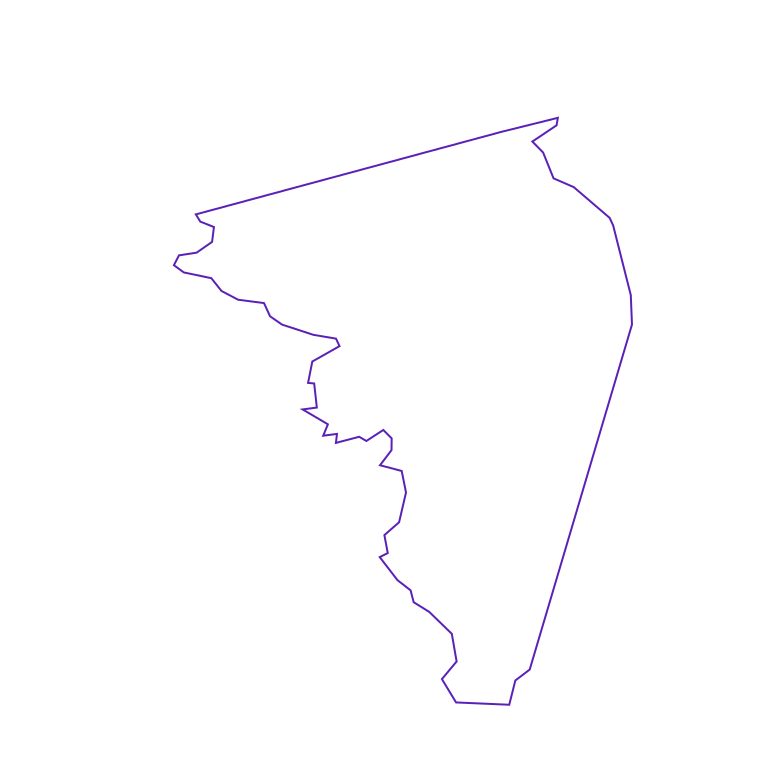 San Jacinto, Texas, United States of America (orthographic projection), rotated 192°
{"feature_id": "52423323B92388679305568", "entity_name": "San Jacinto", "entity_type": "district", "adm_level": 2, "iso_a3": "USA", "parent_name": "United States of America", "parent_adm1": "Texas", "projection": "orthographic", "projection_center": [-95.097, 30.613], "detail": "fine", "context": "isolated", "style": "outline", "palette": "violet", "viewbox_px": 768, "rotation_deg": 192, "n_neighbors": 0, "source": "geoboundaries", "source_scale": "gbopen_adm2", "svg_char_len": 896}
<svg xmlns="http://www.w3.org/2000/svg" viewBox="0 0 768 768"><g transform="rotate(192 384 384)"><path d="M182.1,135.0L153.8,493.7L161.1,522.3L192.8,586.7L197.8,593.4L239.3,616.0L260.9,620.4L276.5,643.5L289.3,652.0L269.0,672.9L269.3,680.5L321.9,654.9L603.3,510.8L597.4,504.6L583.0,502.2L581.7,487.3L594.6,473.5L611.3,467.2L614.2,456.5L603.0,451.5L574.9,451.6L562.3,441.2L544.2,436.1L518.2,438.2L509.5,426.5L496.1,420.9L463.3,417.4L440.4,418.4L435.4,411.8L458.8,391.1L458.5,369.3L452.4,370.0L444.8,347.0L458.3,342.2L430.5,332.9L432.7,320.8L419.6,325.4L418.8,316.4L397.3,327.2L389.4,324.6L375.1,338.9L365.2,332.4L362.9,320.9L371.0,303.7L348.6,302.6L339.9,282.4L340.5,251.9L352.2,236.3L345.2,219.4L352.2,213.8L330.0,194.9L315.1,187.7L309.6,176.7L292.4,170.5L265.7,153.7L255.3,127.7L266.0,107.4L247.3,87.5L194.8,96.3L193.9,121.3L182.1,135.0Z" fill="none" stroke="#5b21b6" stroke-width="2"/></g></svg>